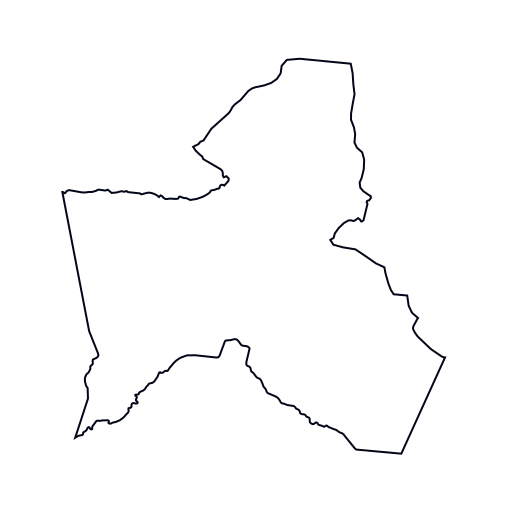 the Prefecture of Moyen-Chari, rotated 187°
{"feature_id": "TCD-5583", "entity_name": "Moyen-Chari", "entity_type": "Prefecture", "adm_level": 1, "iso_a3": "TCD", "parent_name": "Chad", "parent_adm1": "", "projection": "albers", "projection_center": [18.828, 9.32], "detail": "fine", "context": "isolated", "style": "outline", "palette": "ink", "viewbox_px": 512, "rotation_deg": 187, "n_neighbors": 0, "source": "natural_earth", "source_scale": "10m", "svg_char_len": 5215}
<svg xmlns="http://www.w3.org/2000/svg" viewBox="0 0 512 512"><g transform="rotate(187 256 256)"><path d="M456.0,295.9L455.5,296.0L453.3,295.0L451.4,297.7L449.5,298.6L436.6,297.9L433.4,298.2L429.3,299.3L427.5,299.4L426.2,299.7L422.5,301.3L421.7,302.0L420.3,302.7L413.6,302.6L411.1,303.7L407.0,301.0L402.3,302.0L397.8,303.8L394.3,303.8L392.8,304.6L392.0,304.5L391.4,304.0L390.6,303.8L378.8,304.0L377.4,303.2L371.5,305.5L369.4,305.9L366.8,305.7L363.9,305.0L361.3,303.9L359.5,302.7L358.1,304.5L356.6,304.0L355.0,302.6L353.1,301.6L351.6,301.6L348.4,302.5L342.1,302.9L340.2,303.6L339.5,305.4L338.6,305.7L334.5,304.7L333.2,304.9L332.1,304.9L328.1,303.6L321.9,305.4L316.0,308.3L312.5,310.8L310.2,312.8L309.3,313.9L308.9,315.1L308.3,315.7L305.2,316.6L302.8,318.0L301.6,318.2L300.7,318.8L300.4,320.4L299.9,321.8L298.8,322.5L297.4,322.6L296.1,322.0L292.5,327.2L292.5,329.5L295.1,331.6L297.6,330.2L298.7,331.7L299.1,334.4L299.9,336.4L301.7,337.8L320.1,345.7L321.5,348.2L323.9,349.6L328.6,353.1L331.7,356.7L326.7,360.1L325.2,362.6L323.7,363.4L322.1,364.4L315.8,376.9L300.4,394.6L298.8,397.6L297.4,401.3L295.3,404.1L290.3,409.0L283.8,418.8L280.4,421.8L277.7,423.2L268.7,426.3L262.1,429.6L256.9,434.2L253.8,440.3L253.7,447.9L249.3,454.4L236.7,457.1L185.4,458.4L182.4,449.3L180.3,438.2L177.9,428.5L178.5,419.8L179.0,409.0L178.3,402.8L174.5,395.7L172.4,389.0L172.1,380.6L168.9,375.7L163.3,371.9L160.4,364.9L159.6,355.2L160.7,346.2L162.1,341.6L160.8,336.5L157.4,333.4L151.9,330.5L149.4,329.3L149.0,327.7L149.7,326.4L150.5,325.0L151.5,324.7L152.6,323.9L152.7,322.8L152.3,322.2L151.7,321.3L153.6,304.7L155.2,303.1L156.2,303.3L157.0,304.6L159.3,306.0L162.1,303.3L163.8,302.6L165.9,303.0L168.5,302.6L172.7,299.5L177.2,294.0L180.5,288.1L181.2,283.3L182.3,282.6L184.2,281.0L180.5,276.6L170.7,275.2L158.1,274.7L147.8,269.5L136.1,263.3L127.2,260.4L125.4,254.7L121.2,244.7L117.9,238.6L114.7,234.8L101.1,235.2L98.4,225.2L94.2,218.6L87.6,214.2L88.1,213.4L91.1,205.8L91.4,203.8L91.0,202.3L88.8,199.1L85.6,195.7L70.9,184.8L59.6,179.0L58.7,178.7L57.6,178.4L56.0,178.4L87.7,77.5L132.7,76.1L133.8,76.6L134.8,77.4L147.6,89.8L148.6,90.4L149.5,90.7L151.3,91.1L152.8,91.8L154.9,93.0L155.8,93.3L158.1,93.7L161.7,94.8L163.0,95.0L163.8,95.5L164.5,96.0L165.1,96.3L165.7,96.2L167.1,95.1L167.8,94.8L168.7,95.2L169.8,95.5L172.9,96.0L173.8,96.5L174.8,97.8L175.4,98.1L176.2,98.1L177.0,97.4L177.7,96.8L178.3,96.3L179.1,96.0L180.5,96.4L181.4,96.8L182.0,97.4L182.4,98.1L182.6,99.0L182.9,100.8L183.2,101.5L183.8,102.0L184.7,102.3L186.1,102.6L186.7,103.1L187.8,104.3L188.7,104.6L191.7,104.7L192.6,105.1L193.2,105.7L193.7,107.2L194.2,107.9L194.7,108.4L197.9,109.6L198.4,110.4L199.1,111.0L199.7,111.4L200.6,111.7L206.9,111.9L210.1,112.8L211.7,112.9L212.8,113.2L213.5,113.7L215.3,116.1L216.4,117.3L217.6,118.2L219.1,118.9L227.4,121.3L228.0,121.7L228.6,122.2L229.0,122.8L230.1,124.9L231.2,126.0L232.3,127.0L232.8,127.6L233.8,129.7L235.9,133.3L236.8,134.2L237.5,134.6L238.3,134.9L239.2,135.1L240.0,135.4L240.7,135.8L243.9,139.1L244.5,139.6L246.5,140.8L246.9,141.4L247.2,142.2L247.7,143.8L248.1,144.5L248.6,145.0L249.3,145.4L251.0,145.9L251.7,146.3L252.2,146.9L252.5,147.7L252.6,148.5L252.6,149.9L251.1,163.3L251.2,163.7L251.5,164.0L252.0,164.4L253.4,165.1L254.4,165.3L255.6,165.4L257.2,165.3L258.4,165.4L259.3,165.7L260.0,166.1L263.1,169.4L264.9,170.8L266.1,170.9L267.8,170.7L270.9,169.4L275.2,168.6L276.1,168.1L276.6,166.9L280.0,152.6L281.1,150.9L282.9,150.4L303.9,150.1L312.3,149.0L318.2,146.0L320.1,144.6L322.4,142.5L324.8,139.6L326.7,136.5L327.6,135.3L328.6,133.5L329.2,132.0L329.7,131.4L330.2,131.0L330.9,131.1L331.6,131.1L332.6,130.5L334.1,129.0L335.4,128.5L336.3,128.5L336.7,128.8L337.1,128.9L337.7,128.7L338.4,126.8L339.0,124.2L341.6,119.2L342.2,118.5L342.9,117.8L344.3,117.1L345.5,116.8L346.3,116.4L347.0,115.8L347.5,114.5L348.7,113.2L349.5,111.5L350.1,110.4L350.8,109.4L351.8,108.6L353.7,107.5L354.8,106.7L355.4,105.9L355.6,104.9L355.9,104.3L356.9,104.0L357.7,103.9L358.5,103.7L358.9,103.3L358.5,102.6L357.2,101.6L357.0,101.0L357.2,100.3L357.6,99.3L357.7,98.4L357.3,97.8L356.7,97.3L356.1,96.9L355.6,96.3L355.7,95.7L356.2,95.1L357.5,94.9L359.5,95.1L360.3,94.9L361.0,94.4L361.4,93.4L361.4,92.5L361.3,91.7L361.3,91.0L361.7,90.4L362.4,89.9L363.4,89.7L364.0,89.3L364.0,88.4L363.5,86.8L363.6,85.9L364.1,84.7L365.7,82.7L366.4,81.5L368.0,79.4L370.5,77.0L371.5,76.1L372.9,75.5L374.2,74.5L375.4,74.0L376.8,73.6L378.0,73.1L379.3,72.2L380.3,71.8L381.3,71.9L381.7,72.0L381.9,72.1L382.0,72.8L381.9,73.5L381.9,74.2L382.5,74.7L383.7,74.9L385.9,74.4L387.4,74.3L391.2,73.3L392.4,73.3L393.4,73.2L394.3,72.8L397.7,66.7L397.7,65.8L397.6,65.0L397.5,64.4L398.0,63.9L399.1,64.0L399.7,64.5L400.2,65.2L400.7,65.7L401.4,65.7L402.1,65.1L403.0,62.6L403.6,61.8L404.4,61.0L405.6,60.2L406.1,59.2L405.9,58.5L406.0,57.9L406.6,57.2L410.5,55.8L413.3,53.6L405.4,94.0L407.0,104.4L408.9,106.6L410.5,110.8L410.9,113.1L410.8,114.9L410.3,116.6L409.9,117.6L409.4,118.5L408.4,119.5L407.9,120.2L407.6,121.0L406.8,123.1L406.7,124.3L407.0,125.7L406.7,126.7L406.0,127.5L405.1,128.5L404.9,129.6L405.0,130.6L405.4,132.1L405.3,133.1L404.8,133.7L402.1,135.3L401.6,135.8L401.0,136.4L400.6,137.2L400.3,138.2L400.9,140.0L412.5,161.2L456.0,295.9L456.0,295.9Z" fill="none" stroke="#020617" stroke-width="2"/></g></svg>